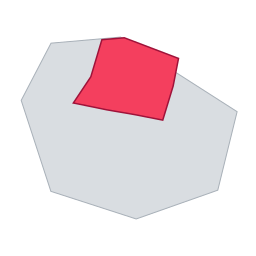 where Anibare sits in Nauru, rotated 273°
{"feature_id": "NRU-4981", "entity_name": "Anibare", "entity_type": "state/province", "adm_level": 1, "iso_a3": "NRU", "parent_name": "Nauru", "parent_adm1": "", "projection": "mercator", "projection_center": [166.944, -0.519], "detail": "fine", "context": "in_parent", "style": "filled", "palette": "rose", "viewbox_px": 256, "rotation_deg": 273, "n_neighbors": 0, "source": "natural_earth", "source_scale": "10m", "svg_char_len": 486}
<svg xmlns="http://www.w3.org/2000/svg" viewBox="0 0 256 256"><g transform="rotate(273 128 128)"><path d="M218.4,115.8L150.0,236.1L70.6,220.9L37.6,140.9L60.7,54.3L150.0,19.9L208.7,46.7L218.4,115.8Z" fill="#d9dde1" stroke="#a8b0b8" stroke-width="1"/><path d="M214.8,97.3L217.9,119.6L200.1,174.8L172.3,170.9L137.7,162.3L140.0,146.0L141.4,136.4L142.4,128.5L143.9,115.5L145.1,105.5L146.8,94.4L150.1,72.1L177.2,88.2L214.8,97.3Z" fill="#f43f5e" stroke="#9f1239" stroke-width="1.5"/></g></svg>